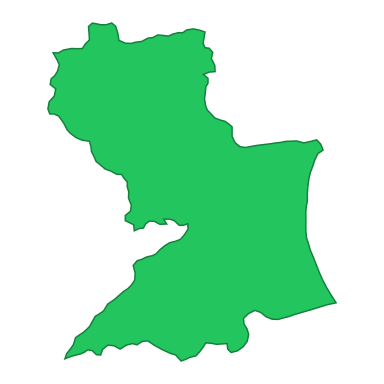 Tijucas, Santa Catarina, Brazil
{"feature_id": "56859067B7676071036487", "entity_name": "Tijucas", "entity_type": "district", "adm_level": 2, "iso_a3": "BRA", "parent_name": "Brazil", "parent_adm1": "Santa Catarina", "projection": "orthographic", "projection_center": [-48.711, -27.244], "detail": "fine", "context": "isolated", "style": "filled", "palette": "green", "viewbox_px": 384, "rotation_deg": 0, "n_neighbors": 0, "source": "geoboundaries", "source_scale": "gbopen_adm2", "svg_char_len": 2901}
<svg xmlns="http://www.w3.org/2000/svg" viewBox="0 0 384 384"><path d="M288.7,316.6L293.9,314.7L313.1,309.1L326.4,304.9L336.1,302.8L331.6,295.8L326.4,287.2L322.6,279.9L319.3,272.4L316.4,265.1L314.4,259.9L312.2,254.5L310.4,250.3L308.6,244.1L306.5,237.8L305.9,231.5L305.8,225.5L305.9,219.8L305.8,211.8L306.3,206.4L307.4,200.9L307.3,194.4L307.8,186.9L308.9,178.6L310.4,172.4L312.8,166.1L315.0,159.5L317.9,153.6L323.1,150.1L320.7,144.1L316.7,139.8L311.1,141.3L303.9,142.9L296.9,141.0L289.8,141.2L285.5,141.4L280.8,142.4L274.6,143.1L269.5,143.9L264.4,144.5L257.6,145.3L250.7,146.5L245.5,147.5L240.0,146.7L235.0,142.6L232.1,136.3L232.1,126.9L228.8,124.0L224.8,121.2L220.7,120.2L214.8,118.0L211.0,113.9L207.3,110.0L205.6,105.7L204.5,98.7L205.4,92.4L205.8,86.8L208.0,83.3L208.0,78.2L203.4,74.5L208.8,72.2L215.1,71.6L214.8,65.4L211.4,58.6L212.7,52.3L209.1,48.2L205.0,47.7L203.0,43.1L204.1,37.5L205.0,32.0L200.1,30.3L193.4,28.9L186.7,29.9L182.8,32.7L178.1,32.7L172.4,34.2L168.6,36.1L163.8,35.5L157.9,34.9L153.0,37.5L148.0,38.1L141.6,41.5L135.5,42.2L131.1,43.4L125.5,43.2L119.0,40.4L117.7,32.7L115.6,26.2L111.7,23.0L106.1,24.8L100.5,24.7L96.5,23.8L92.3,23.1L88.5,26.5L89.1,34.2L89.4,40.0L85.0,44.3L82.4,48.5L77.6,48.7L71.5,48.5L63.5,50.0L58.4,52.9L53.1,52.8L57.1,59.9L59.3,64.8L57.6,71.0L54.7,75.8L51.2,78.7L50.2,84.5L55.7,88.8L54.3,96.0L49.2,101.7L47.9,108.9L49.8,114.0L53.9,113.9L58.7,116.1L63.7,123.1L67.1,129.7L70.1,133.1L76.0,137.6L82.5,140.3L89.4,141.2L91.0,146.8L91.4,151.3L93.7,155.9L96.1,161.5L100.0,164.6L105.1,169.0L111.4,171.3L116.7,174.3L121.6,174.5L124.3,178.6L127.3,182.1L127.2,186.6L128.7,191.7L128.5,198.2L131.3,205.1L130.5,211.2L125.3,215.4L125.3,220.7L130.2,223.0L133.7,224.8L134.3,230.8L139.0,228.6L143.4,228.1L145.7,223.8L149.4,221.1L154.3,221.3L159.9,224.3L166.7,224.0L163.7,219.2L169.5,219.1L174.3,220.6L179.2,225.3L183.5,225.3L187.8,223.8L188.0,229.3L184.2,235.0L180.5,239.3L175.8,241.2L169.7,242.7L164.4,246.0L159.5,250.1L156.2,253.8L152.3,255.7L146.8,256.9L141.4,259.5L137.1,260.7L133.2,265.5L135.2,273.3L134.6,280.3L131.1,285.4L127.7,288.8L123.6,291.4L118.4,296.0L113.8,299.9L107.8,304.0L103.5,311.0L99.0,314.1L95.3,316.3L93.0,320.2L89.7,326.3L86.7,329.4L83.5,332.2L79.2,335.1L75.6,337.6L73.4,344.6L70.2,349.2L66.7,353.6L64.9,358.8L70.2,356.7L75.3,355.2L80.4,354.0L84.4,352.2L87.6,349.9L92.1,350.5L96.4,354.7L100.7,355.0L102.6,349.4L107.9,345.1L114.2,345.8L120.1,349.1L126.4,345.1L132.4,343.6L137.1,344.8L142.3,341.4L147.9,340.9L153.9,345.0L161.8,349.4L167.4,352.0L171.2,353.7L175.6,354.9L181.1,361.0L185.4,359.5L189.7,357.4L195.9,355.9L199.5,352.0L203.4,346.8L205.7,342.9L211.3,343.3L216.5,344.3L220.9,344.0L227.1,343.6L227.7,349.1L231.1,352.5L237.6,350.8L243.3,346.7L247.2,341.4L248.7,334.4L247.0,328.8L244.0,324.1L243.5,318.4L248.5,313.6L254.9,310.4L260.7,312.4L266.1,316.8L272.1,319.2L278.3,319.4L283.1,318.0L288.7,316.6Z" fill="#22c55e" stroke="#15803d" stroke-width="1.5"/></svg>